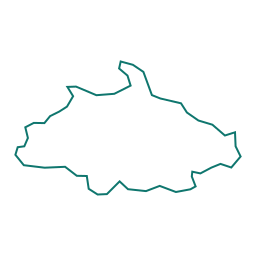 Khanka, Khorezm, Uzbekistan
{"feature_id": "79887680B75905541481130", "entity_name": "Khanka", "entity_type": "district", "adm_level": 2, "iso_a3": "UZB", "parent_name": "Uzbekistan", "parent_adm1": "Khorezm", "projection": "mercator", "projection_center": [60.745, 41.441], "detail": "fine", "context": "isolated", "style": "outline", "palette": "teal", "viewbox_px": 256, "rotation_deg": 0, "n_neighbors": 0, "source": "geoboundaries", "source_scale": "gbopen_adm2", "svg_char_len": 728}
<svg xmlns="http://www.w3.org/2000/svg" viewBox="0 0 256 256"><path d="M15.4,154.8L23.8,165.2L44.6,167.7L65.1,166.8L76.8,175.8L86.8,176.0L88.7,188.8L97.6,194.5L106.9,194.1L119.6,181.4L128.0,189.2L146.0,191.1L159.7,185.9L175.9,192.0L190.4,189.3L195.6,186.4L191.8,176.5L192.3,171.7L200.4,173.4L211.4,167.6L220.5,163.9L231.3,167.5L240.6,156.5L235.6,146.3L235.0,132.3L224.9,135.5L212.4,124.7L198.4,120.5L186.9,112.5L181.0,103.3L160.4,98.5L151.9,95.1L143.4,71.9L132.9,64.8L120.7,61.5L119.1,68.5L127.5,75.6L130.6,85.6L114.3,93.8L96.4,95.2L76.0,86.6L67.4,86.9L73.1,96.2L67.0,106.6L59.2,111.6L50.1,116.1L44.4,123.1L33.8,122.9L25.3,127.3L27.9,138.0L24.3,146.3L17.7,147.2L15.4,154.8Z" fill="none" stroke="#0f766e" stroke-width="2"/></svg>